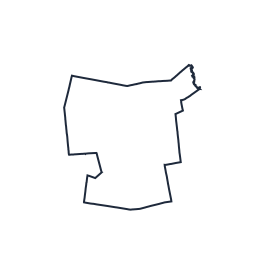 Saceni, Teleorman, Romania, rotated 211°
{"feature_id": "2599482B67630674957093", "entity_name": "Saceni", "entity_type": "district", "adm_level": 2, "iso_a3": "ROU", "parent_name": "Romania", "parent_adm1": "Teleorman", "projection": "equal_earth", "projection_center": [25.054, 44.231], "detail": "fine", "context": "isolated", "style": "outline", "palette": "slate", "viewbox_px": 256, "rotation_deg": 211, "n_neighbors": 0, "source": "geoboundaries", "source_scale": "gbopen_adm2", "svg_char_len": 5002}
<svg xmlns="http://www.w3.org/2000/svg" viewBox="0 0 256 256"><g transform="rotate(211 128 128)"><path d="M203.0,144.0L202.6,142.6L200.9,137.4L200.2,135.2L199.5,133.2L198.9,131.1L198.5,130.0L193.4,113.2L193.3,112.7L189.5,107.7L188.7,106.6L188.3,106.1L186.8,104.1L186.2,103.1L185.8,102.7L184.5,100.9L182.9,98.7L181.9,97.5L180.6,95.7L180.4,95.4L179.6,94.4L178.6,93.0L178.0,92.2L177.4,91.4L177.2,91.3L176.8,90.8L175.4,89.0L172.7,85.2L172.1,84.4L171.3,83.3L170.9,82.8L170.8,82.6L169.8,81.3L169.2,80.5L168.9,80.2L168.0,78.8L167.2,77.9L166.0,76.1L165.1,75.0L164.8,74.7L164.7,74.7L163.0,76.0L161.2,77.1L160.5,77.7L158.6,79.0L154.2,82.1L153.8,82.3L151.9,83.7L151.7,83.8L151.2,83.8L151.2,84.0L151.0,84.3L150.7,84.5L148.7,86.0L142.3,90.3L142.0,90.3L141.9,90.2L139.1,87.4L131.8,80.3L128.0,76.6L127.9,76.5L127.7,76.5L129.0,72.3L130.3,68.2L136.9,66.9L137.8,66.6L138.3,66.5L137.2,63.8L135.6,60.3L135.5,60.1L135.5,59.7L135.4,59.5L134.5,57.6L133.3,54.7L131.7,51.3L131.1,49.9L130.4,48.3L129.3,45.9L127.7,42.0L127.6,41.8L127.4,41.6L127.2,41.7L126.0,42.1L121.1,44.0L119.8,44.6L118.4,45.3L115.7,46.3L105.6,50.5L97.9,53.6L96.8,54.1L87.0,58.0L86.2,58.3L85.6,58.5L84.0,59.2L83.8,59.3L82.1,60.6L81.2,61.2L80.5,61.7L79.5,62.4L76.6,64.5L75.9,65.1L72.2,68.9L71.5,69.7L70.9,70.3L70.0,71.2L68.4,72.9L62.3,78.9L60.9,80.4L59.8,81.5L58.3,83.1L53.0,87.4L53.4,87.9L54.2,88.9L61.3,96.7L64.2,100.0L65.1,100.9L65.1,101.0L66.9,103.1L67.2,103.4L68.1,104.5L68.4,104.8L69.2,105.8L70.3,107.0L72.9,109.7L73.1,110.0L74.4,111.5L76.8,114.2L77.6,115.3L77.1,115.5L76.5,116.0L75.2,117.1L73.1,119.0L72.5,119.4L71.1,120.7L68.7,122.9L67.4,124.0L66.0,125.2L65.2,125.9L66.3,127.3L68.5,130.1L68.9,130.6L70.1,132.1L71.2,133.4L72.4,135.1L74.2,137.5L74.8,138.3L76.5,140.7L77.6,142.1L78.2,143.0L80.2,145.6L80.6,146.1L82.8,149.0L83.2,149.6L83.5,150.1L84.4,151.1L85.0,151.9L86.2,153.5L89.3,157.5L90.4,158.9L91.2,160.0L92.2,161.4L94.0,163.8L94.5,164.4L89.9,171.2L91.5,172.8L94.4,176.0L95.8,177.6L95.8,177.9L96.9,179.1L95.3,180.5L94.7,181.2L94.0,182.2L93.8,182.6L93.5,183.5L92.9,184.6L92.7,184.9L92.3,185.6L92.1,185.9L91.9,186.6L91.5,187.2L91.3,187.7L91.1,188.2L90.9,188.9L89.3,192.5L88.8,193.7L88.3,194.8L87.4,196.9L87.2,197.3L87.2,197.5L87.0,197.9L86.9,198.0L86.7,198.2L86.7,198.4L86.5,198.5L86.8,198.6L87.1,198.7L87.2,198.9L87.3,199.1L87.4,199.3L87.4,199.5L87.2,199.9L87.2,200.0L87.3,200.1L87.5,200.0L87.7,199.7L87.9,199.4L87.9,199.1L88.0,199.0L88.2,198.7L88.6,198.5L88.6,198.4L88.4,198.0L88.5,197.9L88.8,197.9L89.2,198.3L89.3,198.5L89.5,198.5L89.9,198.3L90.0,198.2L90.4,198.4L90.7,198.7L90.8,198.8L91.4,198.7L91.7,198.8L92.0,198.8L92.2,199.0L92.2,199.6L92.3,199.7L92.8,199.5L93.0,199.3L93.6,199.4L93.9,199.6L94.1,199.6L94.2,199.8L94.2,200.3L94.3,200.4L94.7,200.4L95.1,200.3L95.3,200.4L95.2,200.9L95.2,201.0L95.7,201.3L95.7,201.5L95.4,201.7L95.3,201.9L95.2,202.0L95.3,202.1L95.5,202.4L95.7,202.5L95.8,202.7L95.8,203.0L95.8,203.3L95.7,203.4L95.7,203.5L96.1,204.1L96.5,204.5L97.0,204.4L97.2,204.5L97.0,205.0L96.9,205.1L96.9,205.3L97.0,205.4L97.1,205.5L97.2,205.4L97.4,205.3L97.6,205.0L97.9,205.0L98.0,205.1L98.0,205.3L98.0,205.7L98.5,205.4L99.0,205.5L99.1,205.3L99.2,205.2L99.3,205.2L99.4,205.3L99.5,205.8L99.9,206.0L99.6,206.4L99.6,206.8L99.5,207.0L99.5,207.3L99.1,207.3L99.0,207.5L99.5,207.8L99.8,207.8L99.8,208.1L99.6,208.3L99.7,208.5L99.9,208.5L100.1,208.5L100.4,208.5L100.6,208.5L100.7,208.9L100.7,209.0L100.9,209.1L101.1,209.1L101.5,208.8L102.0,209.0L102.4,209.0L102.6,208.8L102.8,208.9L103.0,209.2L103.1,209.3L103.1,209.6L102.9,209.8L102.7,210.1L102.8,210.3L103.3,210.2L103.5,210.2L103.5,210.3L103.4,210.6L103.5,210.7L103.6,210.8L104.1,210.7L104.6,210.9L104.7,211.2L104.7,211.3L105.0,211.4L105.1,211.5L104.9,212.0L104.4,212.3L104.1,212.4L103.7,212.4L103.6,212.5L103.6,212.8L103.6,213.1L103.6,213.3L103.8,213.5L104.2,213.6L104.6,213.7L104.7,213.8L104.9,214.0L105.3,214.0L105.7,214.3L105.8,214.3L106.0,214.4L106.3,214.1L106.4,213.7L106.6,213.4L106.9,213.2L107.2,213.2L107.6,213.3L108.1,213.4L108.3,213.4L108.4,213.2L108.4,212.8L108.4,212.6L108.5,212.6L108.8,211.6L108.9,211.3L108.9,211.2L109.0,210.9L109.1,210.7L109.6,209.5L109.7,209.0L110.0,208.3L110.6,206.4L110.9,205.8L111.5,203.7L112.1,202.2L112.3,201.2L112.5,200.8L112.6,200.4L112.7,200.1L113.3,198.0L113.5,197.6L113.9,196.2L114.3,195.0L114.6,194.2L114.7,193.8L115.0,193.3L115.3,192.4L115.4,191.7L115.5,191.4L115.5,191.0L115.6,190.9L115.9,190.6L116.4,190.4L116.7,190.1L118.3,189.0L118.5,188.8L122.3,186.3L124.5,184.7L124.9,184.5L125.7,184.0L127.6,182.6L128.4,182.0L128.9,181.7L130.2,180.7L131.1,180.2L131.6,179.8L132.6,179.1L135.0,177.4L135.8,176.9L137.6,175.5L138.4,174.9L138.9,174.5L141.0,172.3L141.6,171.8L142.7,170.7L142.9,170.5L143.1,170.2L143.5,170.0L143.6,169.8L144.1,169.4L145.1,168.5L146.1,167.5L147.9,165.9L149.2,164.6L150.0,163.8L150.4,163.6L150.9,163.3L154.8,161.8L155.5,161.6L156.3,161.3L156.9,161.1L160.1,159.9L164.4,158.3L167.8,157.1L168.8,156.6L169.5,156.5L172.7,155.2L184.3,150.9L191.1,148.3L197.3,146.0L200.8,144.7L203.0,144.0Z" fill="none" stroke="#1e293b" stroke-width="2"/></g></svg>